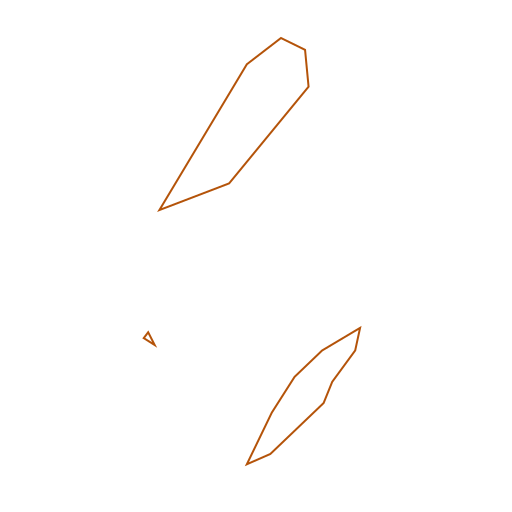 SVG path tracing the border of Johnston Atoll, rotated 153°
{"feature_id": "UMI-5174", "entity_name": "Johnston Atoll", "entity_type": "state/province", "adm_level": 1, "iso_a3": "UMI", "parent_name": "United States Minor Outlying Islands", "parent_adm1": "", "projection": "natural_earth1", "projection_center": [-169.53, 16.742], "detail": "fine", "context": "isolated", "style": "outline", "palette": "amber", "viewbox_px": 512, "rotation_deg": 153, "n_neighbors": 0, "source": "natural_earth", "source_scale": "10m", "svg_char_len": 416}
<svg xmlns="http://www.w3.org/2000/svg" viewBox="0 0 512 512"><g transform="rotate(153 256 256)"><path d="M247.0,332.9L321.2,340.8L177.1,431.0L134.8,438.9L118.7,417.4L132.3,383.0L247.0,332.9ZM262.5,94.3L333.1,73.1L358.7,74.6L313.0,109.3L276.5,130.8L240.0,141.8L195.9,144.7L210.5,126.8L245.2,109.3L262.5,94.3ZM386.7,237.0L386.7,222.7L393.3,233.8L386.7,237.0Z" fill="none" stroke="#b45309" stroke-width="2"/></g></svg>